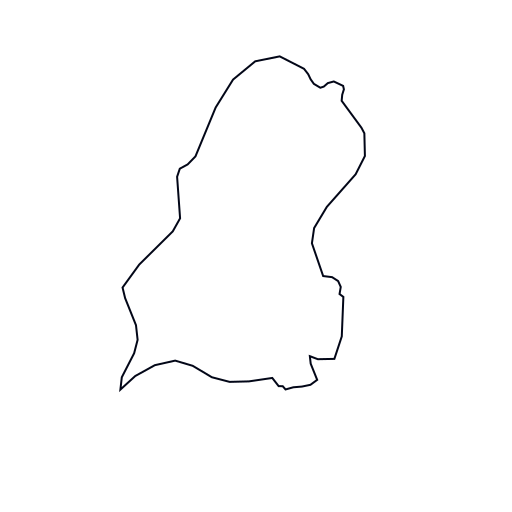 outline of Bataan, rotated 217°
{"feature_id": "PHL-2555", "entity_name": "Bataan", "entity_type": "Province", "adm_level": 1, "iso_a3": "PHL", "parent_name": "Philippines", "parent_adm1": "", "projection": "albers", "projection_center": [120.419, 14.681], "detail": "fine", "context": "isolated", "style": "outline", "palette": "ink", "viewbox_px": 512, "rotation_deg": 217, "n_neighbors": 0, "source": "natural_earth", "source_scale": "10m", "svg_char_len": 931}
<svg xmlns="http://www.w3.org/2000/svg" viewBox="0 0 512 512"><g transform="rotate(217 256 256)"><path d="M343.6,150.5L344.1,178.9L337.3,225.6L339.3,240.4L366.7,271.8L369.4,279.9L365.7,288.0L364.3,299.1L377.6,350.4L380.5,383.1L373.8,411.0L357.2,429.7L330.3,434.4L323.7,432.6L318.7,430.0L313.4,428.3L305.9,429.1L303.8,432.1L302.7,437.3L298.9,442.2L288.8,444.3L286.1,442.0L284.2,436.7L281.0,431.5L249.0,421.9L243.3,419.2L229.2,401.4L225.6,381.2L229.0,337.9L226.4,313.3L219.0,299.8L190.3,280.4L182.5,284.9L175.3,285.4L169.7,282.3L166.4,275.9L161.6,275.9L139.1,243.4L131.5,221.0L144.5,210.8L152.7,208.4L147.5,202.9L132.6,193.9L135.0,185.9L140.7,179.4L147.2,173.6L152.1,167.2L156.3,168.1L159.6,165.7L169.6,168.4L186.2,151.6L201.3,139.6L218.3,132.6L240.5,130.2L257.6,123.8L271.1,107.9L280.2,87.5L283.9,67.7L290.2,78.4L294.8,105.0L300.1,117.8L310.2,128.5L335.2,143.6L343.6,150.5Z" fill="none" stroke="#020617" stroke-width="2"/></g></svg>